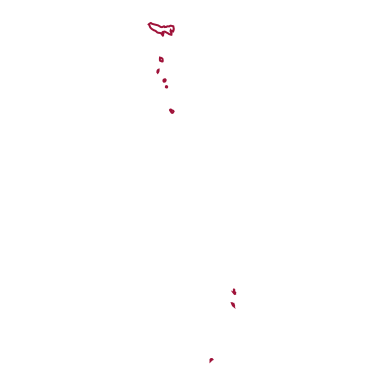 the border of Tokyo
{"feature_id": "JPN-1860", "entity_name": "Tokyo", "entity_type": "Metropolis", "adm_level": 1, "iso_a3": "JPN", "parent_name": "Japan", "parent_adm1": "", "projection": "mercator", "projection_center": [140.896, 30.045], "detail": "fine", "context": "isolated", "style": "outline", "palette": "rose", "viewbox_px": 384, "rotation_deg": 0, "n_neighbors": 0, "source": "natural_earth", "source_scale": "10m", "svg_char_len": 2677}
<svg xmlns="http://www.w3.org/2000/svg" viewBox="0 0 384 384"><path d="M173.3,31.0L172.9,30.8L172.7,31.1L172.6,31.5L172.2,31.3L172.1,30.8L171.8,30.8L171.6,31.4L171.3,31.9L170.9,31.4L171.0,30.7L170.7,30.3L170.5,31.0L170.8,32.0L171.2,32.6L171.2,33.0L171.6,33.9L171.3,34.3L171.3,34.8L171.2,34.8L168.9,34.0L168.2,33.4L167.8,33.2L164.8,31.6L164.5,31.6L164.1,31.6L163.8,31.8L163.7,31.9L163.6,32.1L163.5,32.3L163.2,32.3L162.8,32.0L162.6,32.1L162.5,32.3L162.7,32.5L163.4,33.1L163.5,33.3L163.5,33.5L163.4,33.6L163.1,33.6L163.0,33.9L163.1,35.0L163.1,35.3L163.0,35.5L162.9,35.6L162.7,35.4L161.8,34.3L161.6,33.9L161.1,33.4L160.6,33.1L159.6,32.9L158.5,32.8L157.7,32.6L157.1,32.3L156.0,31.2L155.5,31.0L154.6,30.4L153.9,30.3L151.7,28.9L150.5,27.7L150.2,27.3L150.0,26.8L149.3,25.0L148.7,24.4L149.5,23.7L150.6,23.1L150.8,23.0L151.1,23.1L151.9,23.7L152.3,23.9L157.8,25.3L158.3,25.5L160.8,27.0L161.5,27.1L162.1,27.1L162.5,27.0L162.9,26.8L163.6,26.4L164.0,26.3L164.4,26.4L164.5,26.6L164.5,26.9L164.7,27.1L166.5,26.9L166.8,26.6L167.1,26.4L167.5,26.3L169.1,26.4L169.4,26.3L169.5,26.3L169.8,26.0L170.0,25.9L170.5,25.7L171.7,25.9L173.3,26.3L173.8,28.9L173.7,29.6L173.6,30.1L173.3,31.0ZM161.6,58.2L162.1,58.4L162.5,58.9L162.6,59.5L162.7,60.2L162.7,61.0L162.6,61.4L162.3,61.5L161.7,61.4L160.1,60.7L159.9,60.1L159.9,58.6L160.0,57.6L161.2,57.9L161.6,58.2ZM171.4,109.9L171.9,110.3L172.6,110.5L173.2,110.8L173.6,111.4L173.4,111.8L172.8,112.7L172.5,112.9L172.1,112.9L171.7,112.7L171.3,112.3L171.0,111.6L170.1,110.4L170.0,110.0L170.3,109.6L170.8,109.5L171.4,109.9ZM163.4,80.9L163.6,79.9L164.4,79.3L165.2,79.3L165.7,80.0L165.4,81.0L164.7,81.7L163.9,81.7L163.4,80.9ZM234.0,305.4L233.7,305.4L233.6,305.6L233.6,305.9L233.7,306.2L233.2,305.8L232.6,304.9L231.9,303.2L232.1,303.2L232.4,303.4L232.5,303.6L232.7,303.8L233.0,303.8L233.3,303.8L233.3,304.0L233.0,304.2L233.1,304.4L233.3,304.6L233.7,304.6L233.7,304.8L233.6,305.0L233.9,305.0L234.0,305.4ZM157.8,70.4L158.0,70.1L158.3,69.8L158.6,69.7L158.6,70.2L158.5,71.2L158.1,72.2L157.7,72.7L157.3,72.1L157.4,71.7L157.6,70.6L157.8,70.4ZM212.2,359.2L212.4,359.5L212.2,359.6L211.8,359.7L211.5,359.7L211.3,360.1L210.8,360.7L210.5,361.0L210.5,360.0L210.5,359.6L210.7,359.3L211.0,359.1L211.5,359.0L212.0,359.1L212.2,359.2ZM234.0,292.4L234.4,292.2L234.8,292.2L235.1,292.3L235.3,292.6L235.1,293.6L234.7,293.9L234.2,293.5L233.7,292.8L234.6,293.2L234.5,292.9L234.4,292.7L234.2,292.5L234.0,292.4ZM167.0,86.4L167.2,86.9L167.1,87.1L167.0,87.4L166.6,87.5L166.2,87.4L165.9,87.2L165.9,86.6L166.2,86.1L166.6,86.1L166.9,86.3L167.0,86.4ZM233.9,290.8L233.8,290.4L233.8,289.9L234.0,289.6L234.3,289.9L234.3,290.3L234.1,290.6L233.9,290.8Z" fill="none" stroke="#9f1239" stroke-width="2"/></svg>